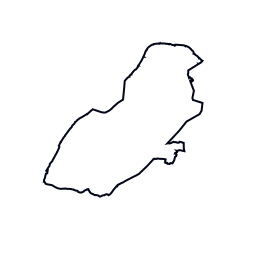 Hof van Twente, Overijssel, Netherlands (Robinson projection), rotated 325°
{"feature_id": "6326949B30942304691206", "entity_name": "Hof van Twente", "entity_type": "district", "adm_level": 2, "iso_a3": "NLD", "parent_name": "Netherlands", "parent_adm1": "Overijssel", "projection": "robinson", "projection_center": [6.584, 52.236], "detail": "fine", "context": "isolated", "style": "outline", "palette": "ink", "viewbox_px": 256, "rotation_deg": 325, "n_neighbors": 0, "source": "geoboundaries", "source_scale": "gbopen_adm2", "svg_char_len": 5391}
<svg xmlns="http://www.w3.org/2000/svg" viewBox="0 0 256 256"><g transform="rotate(325 128 128)"><path d="M152.4,87.5L147.6,93.3L140.2,101.9L134.2,101.6L127.3,102.4L125.7,102.8L122.5,103.0L119.3,102.5L118.3,102.4L116.1,100.7L114.8,99.2L109.9,92.5L108.7,92.5L102.6,93.3L102.6,93.0L99.2,92.9L98.6,92.7L97.4,92.8L96.6,92.7L95.4,92.5L93.3,92.3L91.9,92.5L91.4,92.4L91.0,92.4L90.7,92.5L90.0,92.7L88.9,92.9L88.2,92.7L87.8,92.9L87.3,93.3L86.3,93.7L84.3,94.0L83.2,94.3L82.3,95.0L80.8,95.3L80.7,95.2L75.0,97.1L72.2,98.0L72.0,98.3L69.4,99.0L68.0,99.6L67.3,100.0L66.6,100.2L65.1,100.8L64.9,101.1L64.6,101.0L64.4,101.3L63.6,101.5L61.1,103.0L60.9,104.2L58.2,105.9L56.3,106.9L56.3,107.0L55.5,107.4L47.9,111.1L47.2,111.6L43.5,112.5L42.1,113.9L40.9,114.4L40.7,114.4L36.5,116.2L36.5,116.3L36.8,116.4L37.8,116.8L36.4,118.1L35.8,118.8L34.5,118.3L33.8,119.0L31.3,121.2L29.6,122.3L28.7,123.3L28.8,123.3L28.7,124.4L28.6,126.4L28.8,126.5L28.9,127.0L29.0,127.2L29.8,128.0L30.9,129.2L32.7,130.9L33.6,132.6L34.3,134.4L34.5,134.7L34.7,135.1L35.2,135.8L35.6,136.8L35.9,137.1L37.4,138.7L37.9,139.2L38.4,139.6L38.9,139.8L40.1,140.6L40.6,140.8L40.8,141.1L41.1,141.2L41.3,141.4L41.6,141.4L42.4,141.9L42.6,142.2L42.8,142.7L42.9,142.8L43.7,143.2L43.9,143.4L44.8,144.0L45.9,145.1L46.4,145.4L47.3,146.5L47.9,146.9L48.0,147.5L48.4,147.6L48.5,147.9L48.7,148.1L48.9,148.8L49.2,149.2L49.7,149.7L50.4,150.2L50.7,150.9L50.5,151.7L51.0,152.4L51.4,153.1L52.4,153.8L52.6,154.1L52.8,154.2L53.5,154.2L53.9,154.4L54.8,154.6L55.2,154.5L55.6,154.6L55.9,154.4L56.2,154.3L57.4,154.5L58.1,154.8L58.8,154.6L59.2,154.8L59.5,154.8L59.6,155.1L60.5,155.4L60.5,155.5L60.2,155.8L60.0,156.2L60.2,157.0L60.2,157.3L60.1,157.6L60.1,157.8L60.0,158.2L60.1,158.5L59.9,159.0L60.1,159.7L60.2,160.1L60.3,160.4L60.5,160.6L61.0,161.6L61.6,162.4L62.1,163.7L62.4,164.0L62.8,164.1L64.0,165.2L64.3,165.7L64.8,166.0L65.7,168.2L66.5,168.4L68.1,168.6L69.1,168.9L69.6,169.2L69.8,169.5L70.0,169.6L71.3,169.5L72.0,169.8L72.6,170.0L73.3,171.1L73.5,171.3L73.5,171.9L74.1,172.0L75.4,172.0L78.4,171.2L80.7,170.3L81.2,170.2L84.9,169.2L85.8,169.0L86.3,168.9L86.3,169.0L86.4,168.9L88.5,168.9L88.6,169.1L91.2,169.3L92.4,169.7L95.9,169.9L105.3,171.2L106.9,171.5L110.7,171.9L122.1,170.1L129.9,168.4L130.3,168.3L130.9,168.2L131.1,168.0L131.4,168.0L131.7,168.1L132.1,168.4L131.8,168.5L132.2,168.6L132.4,168.6L133.2,169.3L133.2,169.5L133.3,169.6L133.7,169.6L134.2,169.8L134.3,169.9L134.8,170.0L135.8,170.9L136.3,171.5L138.3,172.9L140.8,175.1L140.7,175.6L140.0,175.9L139.5,176.3L139.2,176.9L138.8,177.6L139.0,177.9L139.1,178.0L138.8,178.0L139.3,178.9L140.1,179.9L140.0,180.1L140.2,180.3L140.3,180.3L140.7,180.7L141.1,181.1L141.4,181.4L142.5,181.0L143.4,181.8L143.7,182.0L144.2,182.5L145.3,181.9L145.3,181.7L145.8,181.5L146.2,181.5L147.2,181.0L148.2,180.2L149.9,178.6L151.0,178.7L151.3,178.6L151.8,178.4L151.8,178.1L152.2,177.9L152.4,177.7L152.3,177.4L152.4,177.1L152.6,176.9L152.6,176.6L152.8,176.3L152.6,176.1L151.9,175.8L152.3,175.5L152.9,175.7L153.0,175.7L153.3,175.6L154.3,175.9L154.5,175.6L155.1,175.2L155.0,174.7L155.1,174.8L155.5,175.1L156.0,175.3L156.6,175.4L157.7,175.8L160.9,179.3L161.8,177.1L165.0,172.2L164.4,171.5L164.5,171.4L164.0,170.7L162.3,168.8L161.5,169.2L161.0,169.0L160.5,168.8L160.0,168.2L159.7,168.0L159.5,167.5L159.1,167.2L158.9,166.8L158.0,166.3L157.7,166.0L157.4,165.4L156.8,165.4L156.4,165.2L155.1,165.1L153.9,164.8L153.4,164.6L153.4,164.4L152.7,164.0L152.7,163.9L152.4,163.6L152.0,163.4L151.5,163.2L168.4,159.6L179.6,156.3L194.6,157.7L198.2,156.0L203.4,150.2L197.3,142.3L198.0,140.3L203.3,135.4L205.7,126.0L205.8,125.9L205.8,125.7L206.2,124.2L206.3,124.7L206.5,125.1L207.2,125.6L207.1,126.0L207.0,126.3L207.1,126.5L207.6,126.5L208.5,126.4L208.6,125.8L208.8,125.6L208.7,125.1L208.3,124.7L208.6,124.4L208.6,124.0L208.2,123.6L207.9,122.1L206.7,122.3L207.7,118.5L208.7,117.7L208.9,117.4L210.4,115.4L222.6,116.0L222.6,115.9L222.7,116.0L223.7,116.1L224.5,116.1L224.8,116.2L225.0,116.1L225.7,116.1L226.5,116.0L227.4,115.7L226.9,115.2L227.2,114.9L226.6,111.7L226.2,111.6L226.4,111.3L226.1,109.9L226.1,109.5L225.9,108.6L225.7,108.0L225.2,107.0L225.2,106.6L225.2,106.4L225.0,106.0L225.0,105.5L224.4,104.8L224.9,104.6L225.2,103.2L225.2,102.5L224.7,102.3L224.8,102.3L225.2,101.7L225.0,101.4L224.8,99.9L224.8,99.4L224.7,99.3L224.6,98.6L224.4,97.6L223.9,96.3L223.8,96.2L223.1,94.8L222.6,94.3L222.5,93.9L222.2,93.7L221.9,93.9L221.4,92.6L220.8,92.0L218.7,90.2L218.3,89.9L218.2,89.8L218.3,89.8L218.0,89.7L217.2,89.0L215.5,87.6L215.1,87.4L214.4,87.5L214.3,86.9L213.5,87.1L213.5,86.6L212.7,86.1L212.4,85.9L211.8,85.1L211.2,84.1L211.0,83.7L210.6,83.3L210.5,83.1L210.1,82.9L209.8,83.0L209.7,82.7L209.3,82.6L209.1,82.2L208.8,81.9L208.3,81.4L207.3,80.7L207.2,80.5L206.2,79.6L203.2,77.4L203.1,77.2L202.7,77.2L202.8,76.9L202.7,76.9L201.9,76.5L201.7,76.5L201.7,76.4L199.5,75.2L199.4,75.1L199.0,74.9L197.9,74.3L197.3,74.1L196.8,74.2L196.7,73.9L196.4,73.9L194.6,73.5L193.5,73.5L192.2,73.5L191.0,73.6L189.8,73.9L189.0,74.2L188.6,74.4L188.5,74.6L188.3,74.5L187.5,74.9L187.3,75.1L187.1,75.0L185.7,75.7L185.7,75.8L184.5,76.6L184.3,76.8L183.1,77.5L182.1,78.1L181.5,78.4L181.6,78.7L181.3,78.5L179.2,79.8L177.1,80.8L173.1,82.5L172.9,82.5L172.5,82.7L172.5,82.8L172.4,82.7L171.3,83.1L171.0,83.8L168.0,84.6L167.2,84.3L165.1,84.7L162.0,85.6L161.6,86.2L161.1,86.0L160.2,86.0L159.9,85.9L159.4,86.0L158.7,86.9L158.1,86.7L156.7,86.5L152.4,87.5Z" fill="none" stroke="#020617" stroke-width="2"/></g></svg>